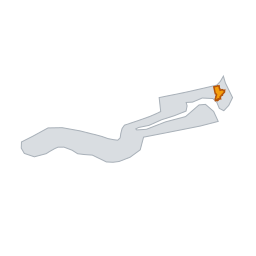 location of Kombo Central, West Coast, Gambia, rotated 168°
{"feature_id": "56634734B211008456047", "entity_name": "Kombo Central", "entity_type": "district", "adm_level": 2, "iso_a3": "GMB", "parent_name": "Gambia", "parent_adm1": "West Coast", "projection": "robinson", "projection_center": [-16.653, 13.251], "detail": "fine", "context": "in_parent", "style": "filled", "palette": "amber", "viewbox_px": 256, "rotation_deg": 168, "n_neighbors": 0, "source": "geoboundaries", "source_scale": "gbopen_adm2", "svg_char_len": 2690}
<svg xmlns="http://www.w3.org/2000/svg" viewBox="0 0 256 256"><g transform="rotate(168 128 128)"><path d="M38.4,115.7L56.8,114.9L79.0,115.2L103.3,115.6L114.7,115.8L120.6,104.1L132.0,99.0L143.7,97.1L149.8,97.6L156.2,99.3L168.5,108.9L176.2,111.1L182.6,113.3L187.3,117.9L194.6,122.6L200.4,123.8L203.9,123.1L209.6,121.3L213.4,119.9L225.6,119.3L234.7,124.7L236.6,130.5L235.1,136.5L223.0,139.7L206.2,144.7L192.3,142.0L175.4,135.1L165.5,130.2L161.4,128.3L155.2,125.1L149.8,121.8L144.6,119.6L140.6,118.2L137.7,120.0L136.2,124.1L133.9,128.7L130.9,131.5L116.7,133.1L104.0,134.8L97.2,136.2L92.6,137.3L91.2,151.3L76.8,151.1L62.6,151.0L48.0,151.2L32.2,151.5L28.1,154.3L23.9,158.9L23.4,151.9L19.4,136.0L24.8,129.1L30.7,125.0L34.6,128.2L35.8,134.7L38.9,139.2L49.2,141.9L59.5,139.9L65.8,140.9L65.6,137.3L67.7,132.5L80.1,130.4L93.3,129.1L106.9,126.2L117.5,126.3L120.6,125.5L119.9,124.3L110.3,122.9L90.0,126.2L69.3,127.2L53.7,135.8L47.3,135.0L40.8,126.4L38.4,115.7Z" fill="#d9dde1" stroke="#a8b0b8" stroke-width="1"/><path d="M36.8,136.6L35.9,136.6L35.7,136.6L35.4,136.7L35.4,136.8L35.3,136.7L35.2,136.7L35.1,136.8L34.9,136.9L35.0,136.4L34.9,136.2L34.6,136.3L34.4,136.4L34.4,136.5L34.4,136.8L34.4,137.0L34.4,137.3L34.2,137.5L34.1,137.4L34.1,137.5L33.9,137.6L33.7,137.6L33.5,137.8L33.4,137.8L33.2,137.7L32.9,137.5L32.9,137.4L32.7,137.3L32.7,137.2L32.4,137.3L32.2,137.4L31.9,137.4L31.7,137.4L31.4,137.3L31.4,137.5L31.4,137.8L31.5,137.9L31.4,138.0L31.5,138.2L31.5,138.3L31.5,138.5L31.6,138.8L31.6,139.0L31.4,139.0L31.2,139.0L31.2,139.4L30.4,140.0L30.2,140.1L30.0,140.3L29.9,140.4L29.7,140.4L29.6,140.5L29.3,140.5L28.9,140.5L28.9,140.8L28.9,141.0L28.9,141.3L28.7,141.4L28.4,141.4L28.3,141.5L27.7,142.0L27.0,142.5L26.2,143.0L26.0,143.6L25.9,144.2L25.8,144.3L25.8,144.5L25.7,144.8L26.0,144.7L26.3,144.6L26.5,144.6L26.8,144.7L26.9,144.8L26.8,145.0L27.0,145.2L27.1,145.3L27.2,145.5L27.3,145.6L27.5,145.7L27.8,145.9L28.1,146.0L28.4,145.9L28.9,145.8L30.0,145.8L30.0,146.3L30.0,147.1L30.0,147.3L30.3,147.6L30.3,148.1L30.3,148.6L30.3,148.9L30.2,149.3L30.2,149.5L30.3,149.8L30.2,150.3L31.1,150.3L31.5,150.6L31.8,150.6L32.2,150.5L32.4,150.4L32.5,150.4L33.0,150.4L33.9,150.4L35.5,150.4L35.5,149.8L35.5,149.2L35.5,148.8L35.5,148.4L35.5,147.5L35.5,147.0L35.5,146.6L35.5,146.1L35.5,145.7L35.5,145.4L35.5,144.5L35.4,143.2L35.2,143.1L34.9,143.0L34.8,142.9L34.7,142.9L34.6,142.7L34.5,142.3L34.5,142.1L34.4,141.8L34.4,141.7L34.2,141.6L34.3,141.6L34.5,141.5L34.7,141.4L34.9,141.2L35.0,141.1L35.3,141.0L35.4,140.9L35.4,140.7L35.5,140.5L35.4,140.4L35.5,140.1L35.6,139.9L35.7,139.7L36.3,138.9L36.3,138.3L36.5,138.3L36.7,138.2L36.7,137.9L36.7,137.1L36.8,136.8L36.8,136.6Z" fill="#f59e0b" stroke="#b45309" stroke-width="1.5"/></g></svg>